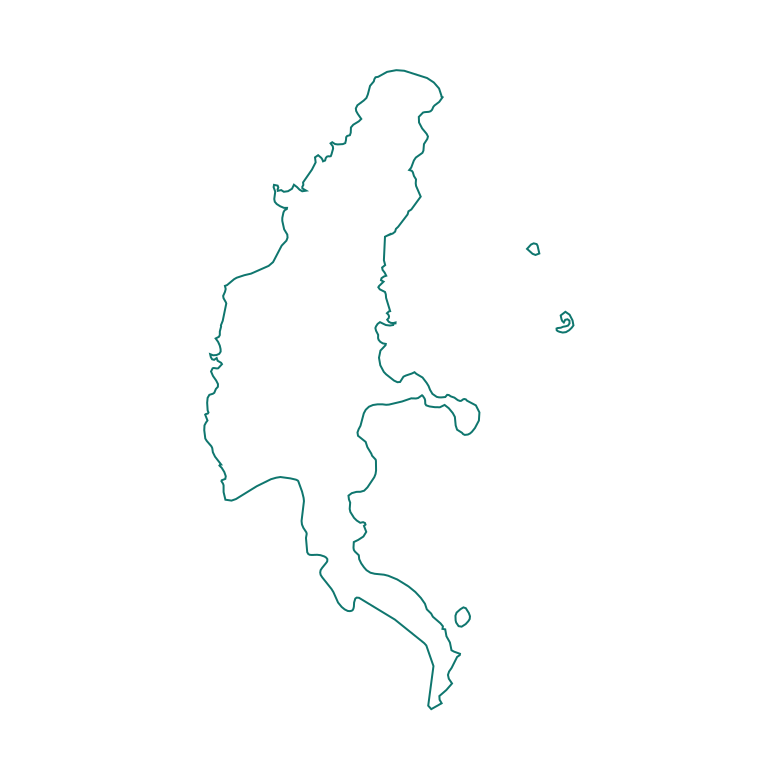 SVG path tracing the border of West New Britain, rotated 100°
{"feature_id": "PNG-1257", "entity_name": "West New Britain", "entity_type": "Province", "adm_level": 1, "iso_a3": "PNG", "parent_name": "Papua New Guinea", "parent_adm1": "", "projection": "robinson", "projection_center": [149.97, -5.482], "detail": "fine", "context": "isolated", "style": "outline", "palette": "teal", "viewbox_px": 768, "rotation_deg": 100, "n_neighbors": 0, "source": "natural_earth", "source_scale": "10m", "svg_char_len": 6154}
<svg xmlns="http://www.w3.org/2000/svg" viewBox="0 0 768 768"><g transform="rotate(100 384 384)"><path d="M525.5,520.1L518.3,523.2L511.6,524.4L510.0,525.3L508.0,527.2L507.0,527.1L505.0,523.8L502.3,523.8L498.4,526.0L494.8,529.2L492.9,531.9L491.9,531.4L491.6,530.4L484.9,537.8L480.9,540.7L477.0,542.0L475.4,543.1L470.9,548.6L468.8,550.5L460.7,553.0L455.9,553.6L452.8,552.6L450.6,551.5L445.2,554.8L444.6,554.3L443.7,552.4L442.6,551.9L440.6,553.1L433.2,554.9L428.3,555.3L425.0,554.1L423.3,550.8L422.1,549.6L418.1,548.7L415.6,547.1L412.9,547.5L409.7,549.9L405.8,553.8L401.7,556.5L398.3,555.5L397.8,554.5L397.7,551.2L397.3,550.0L392.6,547.0L391.4,548.1L390.0,551.9L387.5,553.3L389.7,555.5L389.5,557.6L387.6,559.2L384.8,560.4L385.4,557.3L384.6,554.1L382.9,551.5L380.5,550.5L378.0,551.0L374.7,552.4L371.3,554.7L368.4,557.7L366.2,554.8L364.3,554.2L360.8,554.8L355.7,554.4L354.6,554.8L349.8,553.8L332.1,553.3L330.9,554.0L327.4,556.9L325.2,557.7L320.8,556.6L317.9,556.4L315.0,557.7L313.9,555.8L306.8,549.8L304.9,547.5L301.1,540.4L298.4,534.1L287.7,518.1L283.2,514.4L265.5,508.8L259.8,505.0L256.6,504.4L253.6,505.2L249.0,509.2L241.0,512.5L238.1,513.0L232.3,512.8L230.1,512.0L228.6,510.1L227.4,510.1L227.9,513.2L227.0,517.1L225.4,520.9L223.5,523.2L220.9,524.2L213.5,524.5L209.3,526.9L207.0,526.9L207.1,523.2L208.7,522.2L210.9,522.6L212.2,522.1L210.9,518.9L212.1,516.0L210.8,512.0L207.7,508.5L203.4,507.3L205.2,503.8L207.3,500.9L208.4,498.0L207.1,494.2L205.6,498.3L204.0,498.7L202.0,498.0L199.5,498.7L185.4,492.2L177.6,489.8L172.8,491.3L170.1,488.6L172.2,485.0L173.6,483.7L175.3,482.7L174.1,480.8L171.7,480.6L170.1,479.8L169.4,478.5L169.3,477.1L168.9,476.0L167.0,475.6L161.0,475.0L158.8,475.7L156.3,478.4L154.9,477.0L156.2,473.9L156.1,471.2L154.9,466.2L153.5,464.0L150.5,463.8L147.5,464.1L146.1,463.3L144.9,460.8L142.3,460.4L137.1,461.1L134.0,459.3L129.7,454.4L126.9,452.4L122.6,456.7L120.0,458.8L117.5,459.6L114.1,458.6L108.4,453.2L105.4,451.0L101.6,450.2L92.8,449.5L87.8,446.6L85.4,446.4L83.4,445.6L82.5,443.1L76.1,435.2L72.8,426.4L72.0,418.5L75.2,394.7L78.4,387.3L83.4,381.1L90.1,377.5L91.0,377.3L91.4,376.1L96.6,378.6L100.9,382.6L102.4,383.5L105.6,384.3L107.3,385.5L108.2,387.2L109.2,391.1L109.9,392.7L114.9,396.1L120.4,394.9L125.7,390.8L130.2,385.5L132.6,383.7L135.1,383.9L140.8,386.3L147.3,385.7L149.7,386.3L155.5,392.0L158.7,393.4L166.2,394.8L168.9,396.3L169.2,393.7L170.4,392.4L174.0,390.6L176.9,388.0L180.9,387.6L183.4,386.8L193.1,380.4L207.4,387.4L209.7,389.9L212.9,390.2L226.8,397.4L229.2,399.2L232.0,399.5L234.2,401.4L236.5,405.2L236.2,405.1L238.8,408.6L262.1,405.6L266.7,403.5L269.6,406.1L271.9,405.2L274.2,402.7L277.0,400.6L278.2,402.8L280.2,404.8L282.3,405.0L283.3,402.2L288.4,405.9L289.7,406.4L291.5,404.6L293.2,399.0L295.4,397.8L298.8,396.9L311.2,390.6L311.7,391.8L313.8,393.4L314.9,391.8L316.4,390.8L318.2,390.8L320.1,392.0L321.9,390.1L322.6,387.9L322.4,385.5L321.4,383.3L322.3,383.2L322.7,384.9L324.3,385.2L325.4,388.3L325.6,392.4L323.8,398.7L325.9,400.7L328.7,401.9L330.4,402.2L332.9,401.1L336.6,398.3L339.8,397.8L341.4,397.0L343.1,395.0L344.2,392.2L344.2,389.2L345.5,389.2L351.7,393.3L359.0,393.5L366.2,390.9L372.1,386.3L374.1,383.6L378.9,374.7L379.9,371.1L379.2,368.5L373.4,366.1L371.9,364.0L368.9,358.5L367.1,356.0L368.4,353.9L370.9,347.2L375.5,342.2L378.2,339.8L381.8,337.6L385.3,334.6L387.5,329.9L387.6,327.6L387.3,325.4L386.2,321.4L383.7,319.9L383.6,318.3L384.6,316.0L385.2,312.3L387.1,308.5L387.5,306.2L387.1,305.0L385.2,303.2L384.8,302.0L385.0,300.6L386.0,299.4L389.1,289.8L395.4,285.1L403.5,284.2L411.6,286.8L415.8,289.1L417.8,290.7L419.2,292.6L420.1,295.6L419.6,297.4L418.5,298.7L416.3,304.1L412.4,306.2L404.1,308.5L400.7,311.2L396.6,316.0L394.1,320.7L397.2,324.9L398.0,329.9L398.2,335.3L397.7,338.7L396.4,339.9L392.8,340.7L391.3,341.5L389.0,343.7L388.5,344.6L391.9,348.0L392.7,350.0L393.4,354.7L398.1,363.2L403.4,375.5L404.1,378.3L404.3,382.2L405.1,386.7L406.6,391.2L409.0,394.9L412.5,397.5L416.4,398.8L429.2,399.9L432.9,401.1L436.3,401.7L439.5,400.6L444.2,392.0L449.1,389.4L454.8,384.4L456.7,383.3L459.9,379.1L461.1,378.6L470.5,376.8L474.1,376.7L477.5,377.4L488.6,382.3L492.5,385.0L494.2,388.4L495.0,392.4L497.1,396.8L500.1,399.6L503.7,398.5L506.7,396.7L513.0,396.1L515.9,394.9L521.0,390.3L523.2,387.1L524.8,383.3L523.7,380.6L524.2,378.6L525.7,377.8L527.2,379.1L532.7,375.8L537.8,377.8L542.0,382.3L544.9,386.3L550.6,385.6L552.6,384.9L554.0,383.6L557.0,379.1L560.8,378.0L564.6,375.3L568.0,371.9L570.4,368.9L572.2,364.6L572.5,360.2L571.8,350.9L572.1,346.5L574.2,337.0L579.1,324.7L583.4,317.0L588.3,310.5L593.3,305.5L598.5,302.7L601.9,297.7L604.7,295.5L609.9,286.8L612.4,283.9L615.0,283.9L615.0,281.1L621.6,278.7L627.1,274.2L634.5,271.3L635.4,268.6L636.5,262.3L637.8,262.3L640.1,264.6L651.8,268.1L655.9,270.0L659.4,270.5L663.0,269.0L667.1,265.0L674.6,269.5L681.7,275.3L685.3,274.4L688.4,271.8L696.0,281.0L693.1,284.6L653.2,286.3L634.2,296.9L632.3,299.3L614.1,332.4L598.9,371.5L599.1,373.8L600.3,375.0L604.3,375.5L608.5,375.0L610.5,375.1L611.9,375.5L612.9,376.4L613.6,378.1L613.8,380.3L612.8,383.6L610.9,387.0L607.2,391.3L597.7,397.7L594.9,400.2L585.1,411.3L582.9,413.3L580.7,414.1L578.3,414.1L575.8,413.0L569.5,409.5L568.3,409.1L566.3,409.4L565.0,410.8L564.2,412.7L563.6,416.9L563.8,420.2L564.9,425.3L565.1,427.5L564.6,429.0L563.0,430.4L549.2,434.1L545.0,434.1L543.6,434.7L539.7,438.4L536.6,440.4L533.2,441.4L513.2,442.5L510.1,443.4L504.2,446.0L494.5,451.6L494.0,452.3L493.5,454.1L493.2,459.8L493.6,469.9L495.0,473.9L497.4,478.8L506.8,491.6L523.0,509.8L525.3,513.9L525.5,520.1ZM603.0,259.8L606.3,261.9L609.5,265.4L609.5,268.5L606.4,271.5L604.4,272.4L599.8,273.4L596.5,272.8L592.5,269.6L590.2,267.0L590.6,264.5L594.8,260.7L597.8,259.0L600.6,258.8L603.0,259.8ZM293.4,207.6L296.0,208.9L298.9,211.0L301.3,213.8L302.3,216.9L302.1,220.4L301.7,222.2L301.0,223.3L299.4,223.7L298.7,222.6L297.9,219.7L296.5,217.5L295.6,215.0L294.5,212.9L292.1,211.8L289.4,212.4L288.4,214.5L289.3,216.7L292.2,217.6L291.0,219.4L289.5,220.4L285.8,221.9L281.4,217.9L283.5,213.3L288.6,209.4L293.4,207.6ZM219.7,258.0L221.1,256.8L228.5,253.7L230.6,257.2L230.0,260.3L226.1,266.6L221.1,263.4L219.5,261.0L219.7,258.0Z" fill="none" stroke="#0f766e" stroke-width="2"/></g></svg>